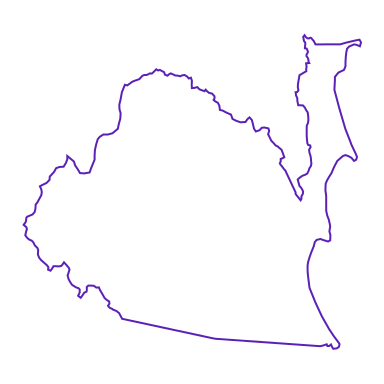 outline of Kuantan, Pahang, Malaysia
{"feature_id": "92858781B15723972552413", "entity_name": "Kuantan", "entity_type": "district", "adm_level": 2, "iso_a3": "MYS", "parent_name": "Malaysia", "parent_adm1": "Pahang", "projection": "natural_earth1", "projection_center": [103.122, 3.898], "detail": "fine", "context": "isolated", "style": "outline", "palette": "violet", "viewbox_px": 384, "rotation_deg": 0, "n_neighbors": 0, "source": "geoboundaries", "source_scale": "gbopen_adm2", "svg_char_len": 4309}
<svg xmlns="http://www.w3.org/2000/svg" viewBox="0 0 384 384"><path d="M124.9,84.8L121.9,92.2L120.6,99.3L119.3,104.8L119.5,109.4L120.6,113.1L120.3,118.6L118.7,124.4L117.9,128.7L115.8,130.5L112.4,133.3L107.9,134.5L103.4,134.5L99.9,136.7L97.8,139.1L96.2,144.3L94.9,150.2L94.6,155.7L94.6,159.7L91.1,168.2L89.6,172.5L84.2,173.4L80.0,173.1L78.1,169.8L75.2,165.5L73.9,161.5L67.3,156.0L67.3,159.3L65.9,163.0L63.6,166.7L59.3,167.0L56.1,168.2L54.3,171.6L52.1,174.1L49.8,176.5L49.5,179.9L46.6,182.9L42.1,185.1L39.9,186.3L41.3,189.4L41.8,192.1L41.3,195.2L39.1,199.2L37.3,202.6L35.7,204.4L35.4,209.0L34.6,212.1L32.5,214.5L29.6,215.7L27.2,216.7L26.4,217.6L25.9,221.6L24.0,224.6L23.0,224.3L26.4,227.2L26.9,229.3L26.2,231.1L25.3,235.4L27.4,238.1L29.1,239.5L31.8,240.7L33.5,242.6L34.8,245.4L37.4,247.9L38.2,250.1L37.9,254.4L39.1,257.6L41.1,260.1L46.9,265.2L48.4,267.2L48.1,269.7L50.5,270.7L52.0,268.7L53.5,266.2L55.9,266.2L58.4,266.4L61.2,266.0L62.3,264.8L64.0,262.3L66.6,265.2L68.8,267.8L69.5,269.5L68.5,272.9L67.6,275.4L68.6,279.1L70.2,282.1L72.0,284.8L76.1,287.4L78.5,288.2L79.7,289.5L79.7,292.5L78.1,295.8L80.7,297.8L82.9,294.8L84.2,292.7L86.5,291.7L86.8,290.1L86.8,287.0L88.3,285.6L91.2,285.6L93.9,285.8L96.3,287.6L98.9,287.4L99.7,289.5L101.6,292.7L104.6,298.0L106.7,299.9L109.2,301.5L109.4,303.7L108.0,305.8L109.7,307.8L112.4,309.0L113.1,309.7L116.3,310.9L119.1,313.1L121.7,318.0L122.1,318.8L213.3,338.4L215.8,338.8L320.3,346.2L323.5,345.4L326.7,344.3L327.4,346.0L329.1,346.0L331.0,344.5L332.0,346.8L333.3,348.8L336.6,348.4L338.8,347.0L339.5,344.7L339.3,343.5L333.7,336.0L329.1,329.1L321.7,316.0L315.3,302.2L309.5,287.8L307.9,274.9L307.6,270.9L307.6,265.4L308.2,261.7L309.5,257.4L311.1,252.8L313.7,246.4L314.8,242.1L316.6,239.9L320.4,239.0L324.1,240.3L328.1,241.5L330.2,240.3L330.4,235.0L329.4,231.4L330.2,226.5L329.6,223.1L328.8,219.7L327.3,215.7L326.2,210.8L326.2,204.4L326.2,196.1L325.4,190.3L325.7,183.6L327.0,180.5L329.1,176.8L331.5,173.1L333.1,169.2L334.7,165.8L337.3,160.9L342.9,156.0L345.6,155.1L348.7,156.3L351.4,157.8L354.0,160.9L356.2,159.7L357.0,156.9L355.9,154.1L354.6,151.4L353.0,148.0L351.4,144.6L350.3,141.6L345.3,128.7L339.2,107.9L334.4,89.8L334.9,80.3L334.9,76.9L338.4,72.6L344.0,69.9L345.5,66.2L345.5,61.9L345.8,56.7L346.3,52.4L347.1,48.7L349.0,46.6L354.0,44.4L356.4,44.8L359.9,46.3L361.0,42.5L359.5,39.7L355.2,40.5L346.3,42.6L340.3,44.3L315.5,44.4L313.7,40.9L312.4,39.5L311.2,38.0L310.3,37.7L308.9,38.5L307.1,38.2L305.7,36.9L304.6,35.2L303.2,36.9L303.6,38.9L304.0,41.1L305.2,42.4L305.3,44.3L305.0,46.6L304.9,48.3L306.7,48.6L308.0,51.8L307.5,53.0L306.6,54.4L306.5,56.2L307.7,57.7L308.4,59.7L308.5,61.7L309.2,63.0L306.1,63.3L306.6,67.0L306.2,68.7L306.3,71.2L299.5,75.2L298.7,79.7L298.0,83.8L297.8,86.9L298.4,90.5L297.2,92.0L295.6,92.2L296.1,95.6L297.3,98.1L297.3,100.5L298.2,105.2L302.9,105.4L304.8,107.5L306.0,109.9L307.7,112.4L308.2,116.3L308.4,120.1L307.9,123.2L306.8,125.6L306.7,127.7L306.7,133.2L306.7,135.8L307.0,139.9L307.4,143.4L308.2,145.0L310.2,145.4L310.6,147.1L309.1,149.7L309.4,152.4L310.4,155.6L310.9,158.1L311.1,161.1L311.4,163.8L310.8,166.2L309.4,168.3L308.4,171.3L307.2,173.6L305.1,174.8L302.3,175.8L299.4,177.9L297.7,179.5L299.5,186.0L301.1,187.7L302.3,189.7L303.1,191.6L302.8,194.0L301.4,196.4L301.4,198.9L300.6,200.3L295.6,194.0L295.6,192.4L285.3,170.5L283.8,168.9L282.1,166.5L280.5,164.6L279.8,163.4L280.7,161.4L280.7,158.9L281.9,158.5L284.3,157.3L282.4,152.0L281.5,149.7L279.0,147.7L277.8,146.5L275.6,145.4L273.7,143.2L271.3,140.7L268.1,134.2L269.2,130.9L268.4,128.4L264.4,127.5L261.7,127.8L259.6,130.2L255.9,131.5L254.0,128.7L253.0,124.4L251.9,120.1L249.5,117.4L247.4,119.2L245.5,122.0L240.5,122.3L236.0,120.7L232.5,118.9L231.0,114.6L226.2,112.5L222.7,110.6L219.9,109.9L219.4,105.9L217.9,102.8L215.3,101.4L213.6,99.9L214.5,98.5L214.5,96.3L212.1,93.6L208.9,92.8L206.8,91.0L205.7,89.7L204.5,91.2L199.4,89.3L197.3,87.1L194.3,87.9L191.9,88.1L191.7,85.0L191.9,80.7L190.9,77.7L188.8,78.5L187.3,76.7L184.6,75.0L181.9,75.4L180.5,76.3L178.0,75.7L174.9,75.4L173.1,74.4L170.7,73.4L168.6,74.6L167.5,75.7L164.9,74.6L164.1,72.2L159.8,69.9L158.1,70.5L156.3,69.3L154.6,71.0L153.2,72.4L151.8,73.6L149.8,73.4L148.1,74.4L146.4,75.0L144.4,75.0L142.5,75.7L140.8,77.5L139.4,79.1L136.6,80.1L134.0,81.0L131.8,82.0L130.4,83.2L127.2,85.4L124.9,84.8Z" fill="none" stroke="#5b21b6" stroke-width="2"/></svg>